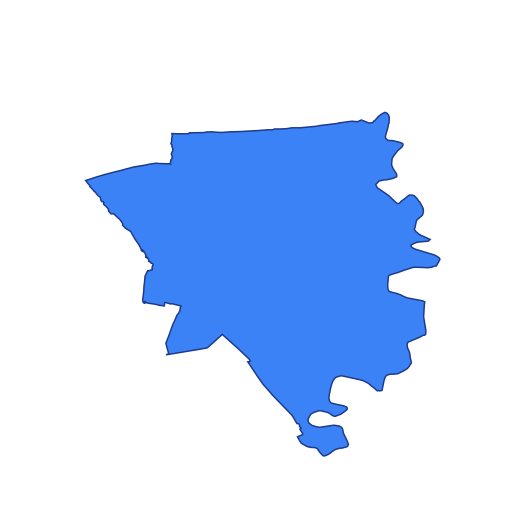 Vetrisoaia, Vaslui, Romania (Robinson projection), rotated 16°
{"feature_id": "2599482B68362790153734", "entity_name": "Vetrisoaia", "entity_type": "district", "adm_level": 2, "iso_a3": "ROU", "parent_name": "Romania", "parent_adm1": "Vaslui", "projection": "robinson", "projection_center": [28.193, 46.447], "detail": "fine", "context": "isolated", "style": "filled", "palette": "blue", "viewbox_px": 512, "rotation_deg": 16, "n_neighbors": 0, "source": "geoboundaries", "source_scale": "gbopen_adm2", "svg_char_len": 6108}
<svg xmlns="http://www.w3.org/2000/svg" viewBox="0 0 512 512"><g transform="rotate(16 256 256)"><path d="M345.7,418.4L349.9,422.5L351.2,423.5L356.5,424.8L358.7,425.1L361.9,424.8L365.1,424.0L367.2,424.0L368.2,424.4L369.7,425.8L372.2,427.6L373.9,428.7L375.8,429.6L377.5,429.0L379.7,427.2L381.8,425.0L382.9,423.3L385.4,420.3L387.9,418.6L389.8,417.6L391.7,416.9L396.0,414.3L396.5,413.4L396.8,411.7L394.5,408.5L389.6,403.1L388.7,401.9L387.5,399.4L386.7,398.2L386.3,397.7L385.0,396.9L382.7,396.5L377.9,397.1L375.8,397.9L364.5,403.1L362.9,403.3L360.5,403.5L356.5,403.4L354.9,402.8L352.7,401.7L351.8,400.6L351.4,399.6L351.2,398.5L351.2,397.3L351.8,394.5L352.5,392.6L355.2,390.0L356.5,389.3L358.2,387.9L360.5,387.0L362.1,386.8L363.7,386.9L366.0,386.6L368.5,386.7L370.1,387.0L373.1,388.2L375.5,388.5L376.3,388.3L381.3,384.6L385.5,379.1L385.9,378.1L385.6,377.0L385.0,376.4L384.2,376.1L381.7,375.9L379.2,376.0L377.6,376.2L369.2,376.6L368.3,376.4L367.0,375.5L365.5,373.0L365.1,371.6L364.7,369.5L364.1,361.8L364.1,357.4L364.5,354.6L365.7,351.2L366.9,350.0L368.8,348.9L370.0,348.0L371.9,347.5L374.2,347.3L390.5,346.3L394.0,346.4L399.0,347.4L401.5,348.5L402.1,348.9L405.2,350.0L409.8,352.2L410.7,351.6L412.0,351.6L414.2,350.5L413.5,341.9L413.4,339.2L413.7,336.4L414.0,335.6L414.5,334.7L416.1,333.5L417.9,332.6L421.8,331.3L424.6,330.1L427.0,328.1L429.2,326.1L432.5,322.5L433.7,319.9L434.0,318.2L434.6,316.9L434.8,315.7L432.3,311.2L431.3,308.6L429.9,306.1L428.1,303.8L427.4,303.2L426.9,302.4L425.5,299.1L425.8,297.3L426.3,296.6L435.9,288.7L438.7,286.0L440.0,285.6L440.5,284.6L440.6,283.6L439.7,280.5L433.9,268.3L431.2,256.3L431.0,253.7L430.5,253.5L428.7,253.2L426.8,253.3L412.5,254.6L408.8,254.1L405.4,253.4L403.3,253.4L402.3,253.2L397.7,253.4L394.0,253.4L392.4,252.1L391.8,251.2L390.3,246.7L390.1,244.9L389.1,240.5L389.0,238.6L389.4,237.8L392.8,235.3L396.4,233.2L402.8,228.5L409.7,223.9L411.4,223.2L413.3,222.6L420.1,220.9L424.2,220.0L427.9,218.4L430.2,216.7L432.1,215.8L433.7,209.0L433.5,208.1L432.8,207.5L431.9,207.0L428.5,206.0L425.5,205.8L408.5,205.6L406.4,205.4L403.9,204.9L403.0,204.4L402.4,203.8L402.1,202.6L404.7,200.1L407.6,198.1L417.4,194.3L418.8,192.1L408.6,190.6L406.3,190.0L402.9,188.4L400.7,186.6L401.0,185.0L400.5,177.7L400.8,176.9L404.4,171.4L404.8,170.6L404.7,167.1L403.6,164.3L401.2,161.7L398.6,159.0L396.8,158.0L395.0,156.4L391.8,154.6L390.8,154.3L389.7,154.4L386.7,155.1L385.3,156.7L383.2,159.9L380.4,163.4L379.5,165.5L378.8,166.1L377.3,166.6L376.1,166.2L367.0,161.4L353.7,156.9L351.7,154.8L351.6,153.9L353.7,149.9L358.1,147.6L360.7,146.7L364.1,144.8L365.6,144.1L369.3,141.2L369.3,140.3L368.6,138.6L367.9,137.8L366.4,136.6L363.6,134.1L361.2,131.1L360.0,125.0L360.1,124.1L360.9,121.5L363.2,115.6L364.8,113.3L366.2,110.9L366.7,109.1L366.5,108.2L366.0,107.5L362.9,107.1L355.6,107.4L351.6,108.4L350.5,108.2L348.6,107.4L347.9,106.7L347.6,105.9L347.3,103.2L347.4,97.8L347.3,95.2L347.0,93.2L347.2,91.6L347.1,90.8L346.5,88.7L346.3,87.3L345.8,85.8L344.7,84.1L343.3,83.1L342.5,82.6L340.8,82.4L340.0,82.6L337.6,84.9L335.3,88.0L332.8,93.2L332.0,93.8L331.6,95.2L331.1,95.8L329.0,96.7L327.4,97.0L319.8,96.2L316.6,98.9L313.4,99.6L311.8,99.8L309.8,100.5L298.9,105.3L299.0,105.6L281.2,113.1L279.3,114.2L263.1,120.6L255.0,122.9L253.5,123.7L249.4,125.5L243.7,127.4L239.2,128.6L236.9,130.2L232.4,131.5L224.1,134.6L206.6,140.7L196.5,143.9L190.1,146.3L187.2,147.2L180.3,148.6L174.5,150.3L171.9,151.7L157.8,156.0L157.8,156.8L156.9,157.3L145.2,160.6L141.5,161.4L141.7,162.4L142.4,163.4L142.6,166.3L143.2,168.3L143.3,169.6L143.2,171.1L143.4,171.7L144.7,172.5L145.1,174.2L146.1,175.1L146.9,177.5L147.0,178.3L146.7,179.0L146.5,180.9L146.6,181.4L147.0,182.2L148.0,183.0L148.3,183.6L148.0,184.2L148.2,184.8L148.4,185.9L147.9,186.7L147.7,187.4L147.8,187.9L148.1,188.2L147.9,188.8L147.9,189.6L148.2,190.6L148.6,191.1L146.3,191.5L137.4,193.8L134.3,194.4L128.8,196.8L124.6,199.1L114.2,204.0L88.3,219.3L80.9,224.0L71.4,230.4L72.7,231.2L73.6,232.1L76.7,234.0L77.1,235.0L81.2,237.3L82.2,238.3L83.3,238.6L87.8,241.7L89.2,242.0L89.8,242.4L90.7,243.5L91.4,245.0L91.8,245.4L92.5,246.0L93.3,246.2L94.4,245.9L94.9,246.3L95.1,248.0L95.3,248.2L96.6,249.1L97.8,249.2L98.6,250.0L100.1,250.8L101.5,252.1L102.1,253.7L103.8,254.6L104.4,255.2L104.9,255.4L105.4,255.4L107.4,254.5L108.1,254.8L108.2,255.1L109.4,255.5L110.4,256.2L111.3,256.5L113.1,257.6L114.3,258.0L115.3,258.7L116.1,259.2L117.5,260.3L117.8,260.7L119.1,261.8L119.3,262.5L119.3,263.2L120.5,264.0L121.2,264.2L122.4,264.8L122.5,265.1L122.9,265.4L123.8,265.3L124.5,265.8L125.9,266.2L126.7,266.2L127.4,266.7L127.9,266.5L128.6,266.8L135.1,273.2L140.6,277.6L141.2,278.5L142.2,279.2L142.6,280.0L143.5,280.8L144.0,281.5L144.0,281.9L144.1,282.1L144.7,282.0L145.1,281.4L145.4,281.4L145.6,281.7L145.5,282.1L145.0,282.6L145.2,282.8L145.7,282.9L145.7,282.4L145.9,282.3L146.8,282.3L147.1,283.0L147.7,283.2L148.6,284.0L149.0,284.3L149.2,284.9L149.7,285.1L149.9,285.8L150.5,286.4L150.2,287.4L150.3,287.6L151.3,287.3L152.0,287.4L152.2,287.6L152.0,288.0L153.3,288.6L153.8,289.0L154.4,290.3L154.3,290.7L155.1,290.9L156.0,290.8L156.4,291.0L156.8,291.6L157.7,291.8L158.5,291.7L159.1,292.0L159.5,292.5L159.2,294.6L159.4,296.4L159.6,296.8L160.0,297.1L160.1,297.4L160.0,298.0L158.2,298.8L157.7,299.6L157.2,299.8L156.0,299.8L155.5,301.8L155.3,304.1L154.9,305.5L155.1,307.1L156.1,312.0L156.5,315.1L157.8,320.9L158.4,324.4L158.9,328.1L159.4,330.1L160.0,331.3L161.6,332.3L162.0,332.1L161.7,331.3L161.6,330.5L162.0,330.3L163.0,330.9L163.1,331.2L166.1,331.0L172.7,330.1L177.7,330.0L178.3,329.7L181.6,329.3L181.1,325.9L181.4,325.7L187.4,325.6L188.3,325.0L197.7,324.7L197.5,326.9L197.7,328.5L198.0,329.5L197.6,330.7L197.5,331.7L197.2,332.9L196.7,333.7L196.1,335.9L196.0,338.0L194.9,345.4L194.1,357.5L193.4,364.6L194.6,366.8L198.8,373.6L198.6,374.3L196.8,375.8L233.7,358.2L234.6,357.5L235.6,356.0L245.2,340.7L264.2,349.9L277.5,356.8L279.6,358.5L278.2,359.6L277.3,360.0L291.1,371.7L298.2,377.4L307.9,383.6L309.9,385.0L334.5,399.2L336.7,401.1L341.5,405.8L343.1,405.5L344.0,405.9L345.0,408.0L346.7,408.9L346.1,409.4L346.0,410.5L349.9,413.9L350.0,414.8L345.7,418.4Z" fill="#3b82f6" stroke="#1e3a8a" stroke-width="1.5"/></g></svg>